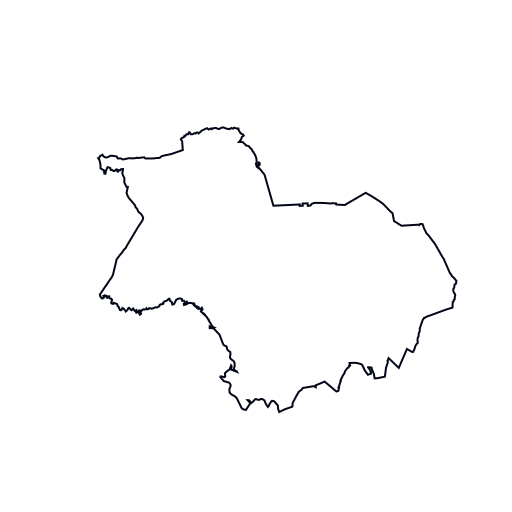 Atizapán de Zaragoza, México, Mexico (Albers equal-area conic projection), rotated 40°
{"feature_id": "50627088B87353641486675", "entity_name": "Atizapán de Zaragoza", "entity_type": "district", "adm_level": 2, "iso_a3": "MEX", "parent_name": "Mexico", "parent_adm1": "México", "projection": "albers", "projection_center": [-99.273, 19.564], "detail": "fine", "context": "isolated", "style": "outline", "palette": "ink", "viewbox_px": 512, "rotation_deg": 40, "n_neighbors": 0, "source": "geoboundaries", "source_scale": "gbopen_adm2", "svg_char_len": 6116}
<svg xmlns="http://www.w3.org/2000/svg" viewBox="0 0 512 512"><g transform="rotate(40 256 256)"><path d="M72.6,282.6L74.1,283.0L76.3,284.5L78.1,286.0L80.6,288.8L85.0,288.1L85.2,289.1L86.1,289.0L86.8,290.3L87.8,289.8L86.2,287.0L85.2,283.4L86.7,282.6L87.9,282.3L89.3,283.4L89.8,283.3L90.7,282.5L92.2,282.5L92.9,282.0L93.2,279.9L93.5,279.3L94.4,280.0L94.8,279.8L95.8,280.3L96.2,279.8L95.5,278.5L96.9,277.6L96.8,276.3L98.2,274.9L99.0,275.9L100.1,278.3L102.3,279.8L105.1,280.9L107.8,284.3L112.4,286.3L113.4,285.5L116.3,290.9L119.3,292.6L121.4,293.3L130.1,294.8L131.1,295.1L132.4,296.1L133.7,296.1L134.8,296.4L137.4,297.7L140.8,297.7L143.5,298.5L144.9,299.2L145.5,300.0L146.2,302.1L147.0,309.6L150.5,331.3L151.0,333.2L150.8,337.2L151.2,339.2L151.1,342.4L151.4,348.1L158.3,361.9L159.0,364.2L161.2,386.0L163.2,387.3L165.3,387.5L165.6,387.4L166.2,385.8L164.8,384.7L165.6,384.1L165.4,383.4L166.9,382.8L167.4,383.5L168.5,383.8L169.2,383.5L169.2,383.0L168.5,382.2L169.5,381.2L170.6,382.3L171.8,382.4L172.5,381.8L173.9,382.0L175.2,385.0L175.7,385.2L177.1,384.7L177.5,384.2L177.1,383.4L180.3,382.1L181.5,382.6L182.4,383.4L183.3,383.2L186.4,384.8L187.2,384.6L187.4,384.2L187.6,382.9L187.1,381.7L188.5,381.4L191.2,381.9L191.9,382.2L192.2,380.1L191.7,377.7L192.0,377.3L194.2,377.6L195.5,377.5L195.6,375.1L195.8,375.0L196.9,375.7L198.4,376.0L199.1,374.5L200.5,376.4L200.9,376.3L201.6,374.7L201.2,373.8L201.3,373.0L201.8,372.6L201.6,373.2L201.9,373.5L202.9,373.8L203.5,375.2L204.8,375.6L205.1,374.0L203.9,373.6L203.5,373.0L203.6,370.3L204.0,369.2L204.9,368.9L205.2,368.1L205.8,367.6L205.7,366.5L206.9,366.8L207.9,365.3L207.7,364.7L208.3,364.1L210.1,363.4L211.8,360.2L213.4,358.8L214.2,356.5L213.7,355.5L213.9,354.5L215.5,352.8L215.6,352.0L215.0,351.9L214.9,350.1L216.5,347.1L216.6,344.8L217.3,344.4L218.8,345.6L221.4,345.4L222.2,346.6L223.2,347.0L224.1,345.5L223.0,340.7L224.1,338.4L225.1,337.3L226.8,336.6L228.3,337.8L229.4,336.6L231.2,336.8L231.7,337.6L231.3,338.9L232.3,339.8L232.9,339.0L232.5,335.5L233.5,335.9L234.0,336.9L234.7,335.2L235.2,334.6L239.2,332.1L240.4,332.8L240.0,333.5L243.5,333.6L242.6,333.0L243.1,332.6L245.1,332.1L246.2,333.1L247.8,331.9L247.8,330.5L249.4,331.3L249.2,333.8L249.4,333.9L252.2,334.0L252.5,333.7L253.9,333.7L253.8,334.1L256.4,334.2L260.5,335.2L260.4,335.4L268.0,338.1L269.5,337.8L268.5,338.9L268.0,340.0L267.0,340.1L266.3,339.6L265.8,339.7L266.9,341.0L269.9,338.7L278.6,339.7L287.7,344.8L289.2,344.9L291.6,344.2L293.9,346.0L295.3,346.3L297.9,346.1L299.6,347.6L300.6,349.6L301.7,350.7L303.1,351.1L306.6,350.9L308.3,351.7L310.2,353.7L312.0,357.5L315.3,356.7L316.0,357.0L309.8,359.0L308.7,356.8L308.0,356.0L307.2,355.8L308.7,359.9L308.0,362.4L307.5,365.2L307.6,365.9L309.7,367.8L309.9,368.5L309.6,369.2L306.6,370.6L306.3,371.0L306.5,371.7L311.8,372.5L316.5,370.4L318.0,370.5L319.1,370.9L320.0,371.7L321.3,375.3L323.3,377.4L324.3,377.7L326.6,377.8L329.8,377.1L332.5,377.2L342.6,381.7L344.3,381.7L345.2,381.5L347.2,380.4L346.3,372.3L342.3,371.8L343.3,371.0L346.9,371.6L347.3,369.3L347.5,366.1L347.8,365.7L349.3,365.2L350.9,364.2L351.6,362.5L352.2,361.9L353.0,361.5L355.2,361.2L358.5,362.9L362.1,364.0L362.1,362.8L361.4,359.8L361.2,357.3L361.4,356.6L363.3,355.6L368.9,356.5L371.2,358.9L374.1,360.6L376.6,354.9L380.7,348.0L378.5,344.9L376.7,336.3L376.1,332.7L376.5,330.3L376.9,329.1L376.7,327.0L384.1,318.4L386.1,318.1L384.9,316.7L389.3,308.1L404.7,308.1L405.8,306.4L404.1,303.3L403.7,303.6L401.4,297.5L401.2,297.1L400.8,297.2L399.4,292.0L399.0,288.4L398.3,287.5L398.0,282.8L398.5,282.3L398.4,279.6L397.8,279.8L397.8,278.9L396.4,277.9L399.4,275.1L402.1,273.1L405.7,271.4L407.3,271.1L413.0,273.8L418.1,275.0L419.7,272.3L418.9,271.4L416.5,270.0L414.0,269.3L413.5,269.3L413.4,269.1L416.2,267.2L417.8,268.4L422.3,270.7L425.5,273.5L427.6,271.5L432.3,265.6L427.4,258.0L425.5,253.1L425.2,252.5L424.1,251.8L424.1,251.3L423.2,249.0L437.3,249.9L431.4,230.2L436.7,229.3L438.0,228.6L437.2,225.4L436.1,223.0L435.6,220.6L435.8,218.6L433.8,216.6L432.7,215.1L432.2,213.2L430.3,210.4L429.9,208.5L428.1,206.4L425.0,198.4L424.5,195.6L425.0,195.1L425.3,193.7L425.8,192.7L435.9,175.1L439.7,169.2L437.2,166.1L436.7,165.0L436.2,164.7L436.4,163.2L435.9,162.5L436.0,161.3L435.0,160.3L433.8,157.9L432.9,157.3L430.6,156.6L429.2,155.6L428.6,154.7L428.3,154.2L428.3,153.1L426.7,150.6L426.5,150.2L427.0,148.8L425.6,146.3L422.1,145.6L418.5,145.4L417.4,144.7L415.2,144.3L401.4,137.4L399.9,137.1L385.6,131.8L374.9,129.3L371.9,129.0L366.5,126.6L364.7,125.4L362.9,124.5L361.2,125.9L361.1,127.5L360.4,127.5L348.0,139.3L339.3,140.5L333.0,135.4L330.5,135.5L320.0,134.4L316.1,134.6L307.2,135.7L299.4,137.1L291.2,159.9L284.7,164.8L284.2,165.0L283.5,164.3L281.1,166.0L279.2,168.0L274.5,171.3L267.6,176.9L266.4,178.1L265.5,179.6L265.2,180.5L265.3,182.3L263.5,184.3L261.7,182.5L258.0,185.8L259.5,187.5L257.2,189.5L256.4,188.4L237.0,206.3L210.4,188.3L202.2,186.6L201.6,187.2L200.6,187.0L200.2,186.5L200.1,183.6L199.1,182.5L198.1,182.5L198.7,184.6L198.7,186.8L196.5,185.3L196.4,183.9L194.0,181.4L192.3,180.2L189.5,178.8L188.3,178.6L187.6,178.0L186.9,178.1L184.9,177.5L184.6,177.2L183.8,176.9L181.9,177.1L181.3,176.7L179.9,176.6L179.3,176.7L177.2,177.8L176.4,177.5L172.6,177.3L172.1,177.5L169.7,179.6L169.6,176.1L168.7,174.1L169.2,171.7L167.8,171.3L165.4,171.9L161.7,170.7L161.0,169.9L160.3,169.7L159.7,170.6L157.0,171.6L156.7,172.0L156.6,173.2L154.8,173.8L154.3,175.7L153.8,176.0L151.4,177.5L148.3,178.5L147.2,179.7L146.1,182.5L144.9,183.2L143.1,183.6L142.5,184.0L140.6,186.4L140.6,187.3L139.5,187.2L138.5,189.5L136.3,189.6L133.9,194.7L133.3,199.0L132.1,198.8L131.0,199.8L131.1,200.9L129.8,201.6L129.5,203.0L127.8,204.7L125.6,203.9L125.1,204.3L125.8,206.3L124.5,207.4L124.7,209.6L123.9,209.9L124.4,211.1L123.2,213.7L123.4,214.9L125.7,215.6L131.8,221.9L125.6,232.3L120.2,239.2L119.5,240.5L119.2,242.7L116.0,245.7L115.5,246.5L108.6,252.4L106.9,252.3L102.2,257.2L101.5,257.3L100.8,258.5L97.9,261.3L96.1,262.4L92.2,267.4L91.5,267.8L89.7,268.1L87.5,270.1L87.0,270.1L85.8,269.3L83.6,270.2L80.2,272.6L79.0,275.5L77.8,276.9L77.0,277.4L74.8,277.7L73.3,277.1L72.3,279.7L72.4,280.7L73.1,282.2L72.6,282.6Z" fill="none" stroke="#020617" stroke-width="2"/></g></svg>